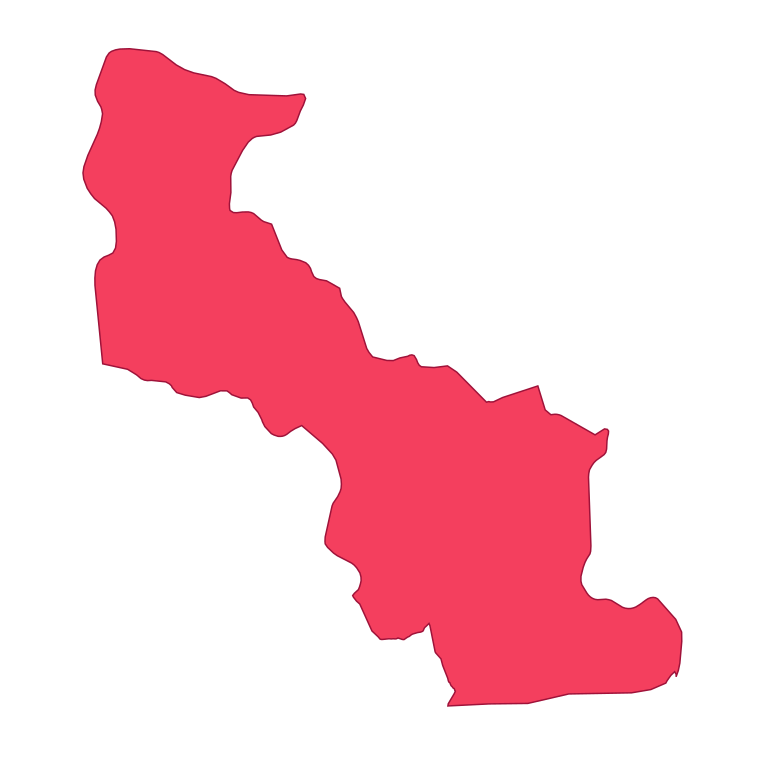 an SVG outline of Aragua, rotated 184°
{"feature_id": "VEN-41", "entity_name": "Aragua", "entity_type": "State", "adm_level": 1, "iso_a3": "VEN", "parent_name": "Venezuela", "parent_adm1": "", "projection": "natural_earth1", "projection_center": [-67.18, 9.967], "detail": "fine", "context": "isolated", "style": "filled", "palette": "rose", "viewbox_px": 768, "rotation_deg": 184, "n_neighbors": 0, "source": "natural_earth", "source_scale": "10m", "svg_char_len": 4110}
<svg xmlns="http://www.w3.org/2000/svg" viewBox="0 0 768 768"><g transform="rotate(184 384 384)"><path d="M72.2,112.3L72.3,114.7L74.0,117.3L77.5,113.4L80.9,107.8L82.0,105.3L96.5,97.8L115.5,93.2L178.1,87.7L218.2,75.4L256.9,72.2L297.8,67.3L297.6,69.5L292.3,80.1L291.4,82.6L292.0,83.3L292.4,84.4L292.6,84.9L292.8,85.1L293.1,85.2L293.3,85.2L293.6,85.3L294.4,86.2L294.7,86.6L295.5,87.3L295.8,87.5L296.0,87.7L296.7,88.9L297.2,90.0L297.4,90.4L297.6,90.7L297.9,90.8L298.2,90.9L298.6,91.4L299.1,92.3L299.9,94.9L305.8,107.3L308.0,113.8L313.6,119.3L314.3,120.4L321.3,146.1L322.4,148.3L325.2,145.1L325.7,144.7L326.1,144.2L326.5,143.7L326.8,143.2L327.5,141.1L327.8,140.5L328.1,140.1L328.6,139.8L329.8,139.2L330.4,139.0L333.1,138.4L337.6,136.7L338.3,136.4L339.3,135.7L340.5,134.6L341.3,133.9L342.9,133.1L346.1,130.5L347.0,130.4L348.2,130.5L351.5,131.4L352.3,131.6L352.6,131.4L353.8,130.8L354.2,130.6L355.2,130.5L356.7,130.5L357.2,130.5L358.7,130.2L361.3,130.2L367.5,129.1L369.0,129.0L370.1,129.2L372.2,131.4L378.8,136.8L392.8,162.8L396.2,165.4L399.6,169.2L400.5,170.8L398.9,173.2L395.2,177.1L394.3,179.8L393.6,182.9L393.1,186.2L393.5,189.9L394.8,193.8L398.4,198.7L401.1,201.3L403.8,203.1L418.5,209.4L422.5,211.8L428.8,217.0L431.5,220.4L431.9,222.9L432.0,227.3L427.3,258.7L426.4,261.5L422.3,268.5L420.2,273.8L419.5,276.9L419.5,281.1L420.2,286.2L426.6,304.7L430.6,310.5L441.2,320.5L463.2,336.8L469.6,333.3L473.8,330.3L477.5,327.0L479.5,325.7L481.5,324.9L483.5,324.5L486.0,324.4L490.3,325.5L493.0,326.7L499.9,333.2L502.6,337.8L503.5,340.0L507.6,346.9L512.4,351.9L514.1,355.8L516.0,358.9L519.0,360.6L525.6,360.0L535.1,362.7L537.3,364.4L539.0,365.5L540.3,366.2L546.7,365.8L560.8,359.3L567.3,357.6L581.5,359.0L590.2,361.0L595.0,365.7L595.9,367.4L598.1,369.2L601.9,370.9L616.2,371.4L620.2,370.9L623.3,371.2L626.7,372.4L631.5,375.9L640.8,380.8L666.0,384.5L679.2,462.2L679.8,469.6L679.7,476.8L678.4,483.0L676.0,487.8L672.2,491.1L667.6,493.3L663.6,495.8L661.3,500.9L660.9,507.7L662.1,519.6L664.0,526.9L666.7,532.8L669.9,536.5L673.5,540.0L685.7,548.8L689.7,553.2L693.7,558.5L697.8,567.4L699.0,573.6L698.5,579.9L695.4,591.4L687.4,613.0L685.6,619.3L684.3,625.9L683.6,633.9L684.8,638.4L685.8,640.8L689.4,646.0L692.2,652.1L692.7,657.1L691.8,662.6L683.7,690.9L681.3,695.0L679.1,696.8L675.1,698.6L670.8,699.7L661.2,700.7L634.4,699.7L631.5,699.0L627.7,697.2L613.5,687.8L604.8,683.7L595.6,681.1L577.5,678.6L572.9,677.2L563.2,672.3L554.0,666.5L549.4,664.8L538.9,663.2L501.2,664.6L487.4,667.5L484.2,667.3L482.1,663.3L483.9,656.7L486.5,650.5L489.4,640.6L490.6,638.0L492.2,636.0L504.5,628.1L514.4,624.5L528.4,622.1L530.7,621.0L532.7,619.6L536.3,615.8L541.4,607.1L550.4,586.6L551.1,583.6L551.4,580.4L550.1,564.3L550.8,553.0L550.3,548.4L549.7,546.4L546.2,544.5L542.8,544.6L537.1,545.7L531.3,546.2L528.4,545.8L525.9,544.9L517.8,538.9L515.3,537.6L507.3,535.6L495.3,510.6L489.4,503.6L487.0,502.7L484.6,502.3L479.9,502.0L476.3,501.4L470.5,499.5L467.6,497.2L465.4,494.2L464.0,490.8L461.5,486.3L458.8,484.5L455.7,483.7L448.5,482.9L434.9,476.4L432.6,468.3L431.3,466.3L428.7,463.1L419.2,453.2L416.0,448.2L414.0,444.4L403.7,418.2L401.2,414.5L397.2,410.2L382.8,407.7L376.4,408.0L370.0,411.1L362.3,413.3L360.3,414.5L358.2,415.0L355.9,414.4L353.3,410.7L351.9,407.6L350.1,405.1L347.9,403.8L335.2,403.9L321.9,406.5L312.2,400.9L280.5,373.0L278.2,373.8L276.8,373.5L273.6,373.8L264.7,378.8L230.4,392.8L221.4,369.4L215.4,365.0L211.7,365.7L209.5,365.8L207.2,365.5L205.1,364.9L169.9,348.0L160.9,354.6L158.0,354.3L156.7,352.7L156.7,349.8L157.3,346.7L157.6,343.1L157.4,334.6L158.0,331.2L159.5,328.9L167.0,322.6L169.0,320.3L170.8,317.4L173.0,312.8L173.5,308.9L173.5,305.3L166.3,237.0L166.2,231.6L166.7,228.9L169.6,223.6L171.1,219.9L172.5,215.0L174.1,205.9L173.8,201.1L172.7,197.6L167.2,189.8L165.3,187.6L163.2,185.9L161.0,184.7L158.5,183.9L155.8,183.7L147.6,184.8L144.7,184.5L142.0,183.9L130.5,177.9L127.8,177.2L124.8,177.0L122.0,177.3L119.4,178.1L117.1,179.2L113.1,182.1L107.5,186.9L105.4,188.4L103.1,189.4L100.6,189.9L98.2,189.7L96.0,188.7L76.5,169.5L69.8,157.3L69.0,147.9L69.4,126.2L70.4,118.7L72.2,112.3Z" fill="#f43f5e" stroke="#9f1239" stroke-width="1.5"/></g></svg>